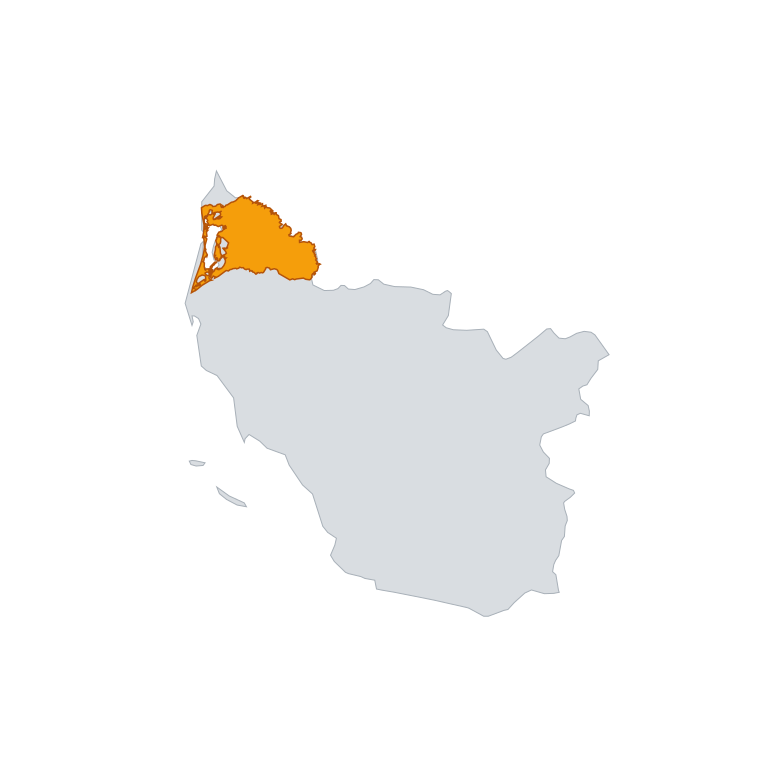 Puerto Lempira, Gracias a Dios, Honduras (highlighted), rotated 238°
{"feature_id": "27666195B20969327250579", "entity_name": "Puerto Lempira", "entity_type": "district", "adm_level": 2, "iso_a3": "HND", "parent_name": "Honduras", "parent_adm1": "Gracias a Dios", "projection": "equal_earth", "projection_center": [-84.066, 15.172], "detail": "fine", "context": "in_parent", "style": "filled", "palette": "amber", "viewbox_px": 768, "rotation_deg": 238, "n_neighbors": 0, "source": "geoboundaries", "source_scale": "gbopen_adm2", "svg_char_len": 8712}
<svg xmlns="http://www.w3.org/2000/svg" viewBox="0 0 768 768"><g transform="rotate(238 384 384)"><path d="M653.5,354.8L631.2,353.0L620.6,356.7L616.0,364.8L612.0,368.4L608.7,367.6L602.0,370.8L591.9,378.0L582.8,380.7L574.7,378.9L572.3,380.7L571.7,383.1L570.5,385.4L567.3,386.6L563.7,386.0L559.6,383.4L557.5,384.5L557.3,389.2L555.1,390.5L550.9,388.3L546.2,390.0L541.0,395.6L533.7,396.8L524.3,393.5L517.0,387.4L511.9,378.4L505.7,376.2L494.9,382.9L490.3,390.7L489.3,395.5L490.4,399.8L488.4,402.7L483.4,404.1L479.5,409.4L476.9,418.6L476.4,425.7L477.9,430.7L475.4,434.4L468.8,436.7L461.0,444.6L452.0,458.1L443.0,467.5L434.2,472.9L429.9,478.8L430.1,485.3L429.6,487.4L427.9,488.1L425.0,489.0L407.9,474.8L403.0,465.0L398.8,466.5L393.3,471.5L385.7,482.6L377.6,497.7L373.6,499.4L353.3,497.2L342.6,498.5L340.4,500.5L339.3,506.1L339.9,513.5L342.8,540.2L344.4,551.2L342.7,554.6L337.3,555.1L330.2,556.7L326.3,561.7L325.3,566.9L324.9,574.2L322.6,581.6L318.2,587.0L313.9,588.9L289.6,590.4L290.1,578.0L283.1,573.0L279.2,562.7L275.8,555.7L276.9,551.5L276.6,546.6L266.8,542.7L257.5,545.7L252.2,543.8L248.3,541.2L255.1,535.0L255.6,531.3L253.4,528.6L251.2,526.8L251.9,519.9L253.3,511.8L257.2,492.7L255.8,489.4L249.7,483.7L241.9,483.1L233.3,484.9L229.1,482.0L225.6,475.4L219.4,472.3L208.5,477.5L197.0,485.4L193.4,488.3L190.5,487.9L189.2,482.0L188.7,475.0L188.0,473.3L181.9,470.8L174.7,469.0L171.1,467.1L167.6,462.4L159.1,456.2L157.2,451.7L145.8,441.3L143.5,436.1L140.9,432.3L135.5,427.5L131.2,428.7L116.7,422.7L114.5,422.2L116.5,417.0L121.2,408.9L131.2,399.9L132.1,392.6L129.6,378.6L127.1,369.6L128.5,365.6L131.8,349.3L134.2,345.5L148.7,337.3L150.1,336.2L161.5,324.7L174.2,311.9L187.4,297.9L202.2,282.1L210.3,273.0L214.1,269.0L222.5,272.2L229.2,264.8L233.0,262.3L242.0,253.4L244.8,251.5L259.8,247.8L267.1,247.9L273.4,256.9L278.4,261.9L287.9,257.6L295.8,256.7L328.6,265.1L341.6,261.4L365.5,260.6L376.3,262.7L391.5,250.8L401.3,248.4L412.7,242.8L411.2,237.2L408.5,234.6L425.9,237.1L451.9,249.1L479.6,246.9L489.6,240.5L496.1,238.6L524.4,251.0L531.9,260.5L537.8,261.4L542.3,259.2L543.5,257.3L537.9,255.2L535.4,252.2L557.8,258.1L599.9,303.0L600.8,306.7L582.8,293.4L573.2,294.4L570.8,296.5L571.3,303.8L572.2,307.2L576.2,307.6L579.3,305.6L586.7,308.0L591.6,312.8L597.6,320.2L601.2,328.3L605.0,328.4L608.8,323.6L616.0,323.0L620.7,328.4L624.0,328.1L619.3,319.7L608.5,311.3L611.1,311.0L635.1,326.0L641.9,344.8L647.6,349.0L653.5,354.8ZM371.1,193.4L357.2,202.5L352.8,202.3L359.2,195.3L369.5,189.3L378.2,186.3L385.3,187.6L371.1,193.4ZM418.6,183.7L412.0,190.5L410.8,187.4L414.0,181.2L418.0,177.6L421.8,178.0L420.9,180.7L418.6,183.7Z" fill="#d9dde1" stroke="#a8b0b8" stroke-width="1"/><path d="M563.1,300.7L563.9,310.2L562.3,312.0L562.6,314.0L561.9,315.8L562.0,316.7L560.6,319.7L559.7,320.1L559.2,322.2L559.5,323.6L558.0,324.8L557.3,326.3L555.5,326.6L554.0,327.7L554.0,328.7L552.8,330.6L550.8,329.9L550.8,331.2L550.0,331.4L549.8,332.1L548.3,332.1L547.7,332.9L545.0,333.6L545.0,334.9L545.5,335.1L545.3,336.3L544.0,337.3L543.7,338.9L542.7,339.8L542.5,340.9L544.3,344.6L545.0,345.0L544.9,346.6L543.0,348.3L541.1,348.2L539.9,352.0L538.0,353.7L536.7,354.0L533.3,353.4L522.2,359.3L521.6,362.2L519.8,363.6L519.5,365.3L516.5,371.8L514.3,373.1L511.8,376.1L511.7,376.8L512.6,379.3L514.8,380.8L515.3,381.9L515.1,382.8L513.6,382.7L513.8,384.0L514.2,384.5L515.8,384.0L515.4,387.2L517.7,390.0L518.8,390.5L519.5,392.2L519.4,393.4L520.3,392.9L521.3,390.5L522.1,390.5L522.4,392.2L525.4,391.8L525.9,393.2L527.1,393.0L528.5,393.7L529.3,393.1L530.0,394.3L531.2,393.8L531.7,394.7L532.6,394.0L534.7,394.0L535.0,394.9L533.7,395.4L534.4,397.1L534.9,396.4L536.1,396.4L536.6,396.7L537.1,398.1L539.7,398.8L540.3,396.9L542.6,396.9L543.5,396.0L544.4,396.2L544.7,395.6L544.4,394.3L547.2,391.4L548.8,387.4L550.7,388.5L549.8,389.9L550.4,391.5L552.2,391.9L553.4,391.0L554.5,393.3L555.9,393.8L556.7,393.4L558.0,391.8L557.3,390.7L557.6,388.8L556.7,385.4L559.7,382.1L560.9,382.3L561.0,384.9L561.8,384.9L563.6,386.8L565.4,387.4L567.5,387.0L569.8,385.1L571.9,385.5L571.6,383.5L570.2,380.6L570.6,379.0L571.7,378.3L573.0,378.8L573.4,382.2L576.3,380.8L576.8,381.5L576.5,383.0L578.0,383.8L579.8,382.6L582.7,383.7L585.0,382.5L586.3,383.3L586.9,382.4L586.1,380.7L587.5,380.5L587.7,378.4L588.3,378.7L588.4,380.2L589.2,379.0L589.8,379.1L589.3,380.9L589.7,381.5L590.2,381.2L590.2,379.4L590.6,379.0L591.1,379.4L591.3,381.1L593.8,380.4L595.5,378.3L597.1,378.0L598.2,378.5L598.3,377.6L596.7,377.0L596.4,376.0L598.7,376.8L599.4,374.6L600.0,375.8L601.3,376.5L601.9,373.9L602.4,373.9L603.0,375.0L603.8,374.1L602.8,372.7L602.9,372.0L604.0,373.3L605.7,372.9L606.0,374.4L606.6,373.9L606.4,371.6L604.9,371.8L604.9,371.3L606.8,370.2L606.9,368.4L607.8,369.3L612.0,367.8L613.2,368.3L613.2,370.1L613.8,370.2L614.0,365.8L615.6,365.5L615.5,363.9L616.0,363.6L616.8,364.4L617.7,363.6L618.3,364.4L618.7,364.2L618.9,359.5L618.0,355.4L618.3,352.7L619.0,350.8L618.9,346.2L619.4,344.7L618.8,343.4L619.2,341.9L620.8,341.8L620.6,341.2L619.1,341.0L619.9,339.8L621.6,340.0L622.4,340.9L623.5,340.4L624.5,337.8L624.0,335.4L625.3,332.8L626.6,332.8L628.5,331.5L628.9,328.6L629.9,327.7L630.2,326.6L630.2,322.6L625.4,320.0L614.1,315.6L608.7,311.9L604.5,307.9L604.2,308.9L604.7,308.8L604.7,309.9L603.7,310.7L604.5,309.8L604.3,309.2L603.5,310.2L603.1,312.2L606.2,313.5L607.2,314.4L607.6,315.7L608.1,314.7L609.4,317.5L609.9,315.2L610.6,316.8L612.5,316.8L610.9,317.5L612.1,318.0L612.6,319.0L614.9,317.4L609.8,314.0L618.7,318.5L619.1,319.4L621.0,320.7L621.0,322.0L620.2,323.2L621.1,324.2L621.9,326.2L623.8,328.0L623.9,329.0L622.2,330.4L621.0,329.2L618.7,329.5L619.3,330.9L618.0,334.1L616.9,335.3L616.8,338.0L616.5,335.8L614.6,335.5L613.8,334.6L613.7,329.4L612.5,331.3L612.6,334.0L611.7,334.9L611.2,332.4L611.9,330.8L613.2,329.8L612.9,328.7L613.6,326.8L614.5,326.6L615.7,327.4L617.8,331.1L618.4,331.2L619.1,330.7L618.4,329.4L619.6,328.7L619.3,326.6L621.0,324.4L619.8,323.2L619.3,319.7L618.9,321.3L616.0,321.2L615.6,320.0L612.1,320.0L612.1,318.8L610.8,320.0L610.0,323.7L608.4,324.4L608.0,325.5L605.4,326.8L604.7,330.5L604.0,331.1L602.8,331.1L602.2,334.0L602.2,331.7L602.6,330.8L601.6,330.0L601.2,330.2L601.3,330.9L600.9,331.1L600.9,331.9L600.6,330.4L600.7,333.1L599.8,332.6L600.2,331.9L599.8,330.7L600.2,330.0L599.4,327.3L600.3,324.4L598.7,321.3L597.9,321.6L597.4,322.6L595.1,323.2L596.8,321.4L596.9,320.0L595.6,319.0L594.7,317.3L591.8,316.6L590.4,315.6L589.5,313.7L587.3,312.3L583.5,308.5L582.6,308.0L582.8,308.9L582.4,309.3L582.0,308.5L582.3,307.8L578.6,307.1L578.3,307.7L578.8,307.6L579.2,308.7L580.4,309.2L578.8,309.2L577.6,308.1L576.2,308.6L575.8,309.7L576.9,310.3L576.4,310.8L577.0,311.0L577.4,312.6L579.2,314.4L581.5,314.6L586.9,317.3L588.0,317.4L588.1,316.8L586.8,315.9L588.6,316.5L590.9,316.3L590.9,316.8L589.2,316.7L589.0,317.5L589.9,318.1L590.0,319.5L591.1,320.8L594.1,322.7L594.3,324.0L593.6,325.0L586.1,327.0L583.5,323.8L582.4,323.4L582.4,322.0L583.1,322.2L582.8,320.6L584.0,320.5L583.9,319.6L585.2,319.2L580.3,319.9L578.4,319.6L578.1,318.0L578.6,314.7L577.2,313.0L576.7,311.4L577.5,314.7L576.8,316.4L575.0,315.9L574.5,316.8L574.3,316.1L575.3,315.2L573.2,315.1L571.3,314.0L569.3,311.0L568.2,307.7L568.3,306.5L569.0,306.2L568.4,304.6L569.5,303.5L569.9,304.5L570.9,304.1L571.1,302.1L569.7,299.5L569.6,297.1L568.6,296.4L568.4,295.0L567.3,294.7L567.6,294.1L567.2,293.6L565.2,293.6L565.2,295.0L566.1,296.4L564.3,297.6L563.5,296.5L563.1,300.7ZM563.5,269.1L563.2,274.8L564.1,281.9L564.0,290.9L563.3,293.0L565.9,291.5L567.2,292.1L568.3,293.3L570.0,298.0L571.7,299.1L572.7,297.4L571.9,296.7L571.5,297.0L571.8,297.6L570.9,297.3L570.3,294.6L569.4,294.1L569.1,293.2L569.5,291.7L570.6,291.1L572.4,290.8L573.0,291.3L572.8,292.9L572.0,294.3L570.4,294.3L570.9,295.2L573.9,295.9L574.4,296.6L576.2,293.3L575.3,293.0L575.8,292.7L578.9,293.8L581.8,295.8L583.7,295.2L583.8,296.3L586.2,298.5L586.8,301.4L586.0,301.3L587.1,302.6L591.4,303.0L592.6,304.3L593.9,304.2L596.5,305.8L600.9,310.6L603.0,310.3L603.9,308.2L601.8,307.9L595.4,304.5L589.9,299.8L582.3,291.4L573.7,280.3L567.2,272.7L566.8,272.6L566.4,273.4L566.5,274.0L565.7,273.5L566.8,272.4L563.5,269.1ZM566.9,274.6L566.8,275.5L567.3,276.4L567.4,277.1L566.6,277.8L566.6,279.9L566.3,280.1L565.7,279.3L565.5,280.4L567.5,281.0L568.0,279.1L570.1,279.0L571.9,280.9L573.2,283.9L572.8,287.5L571.0,289.4L569.6,289.6L568.0,288.7L567.3,287.6L567.0,288.1L566.1,287.6L566.0,286.6L567.9,286.6L567.7,281.3L565.5,280.8L565.2,280.3L565.7,278.7L566.5,279.7L566.0,276.8L567.2,276.9L566.5,275.3L566.9,274.6ZM564.3,274.3L563.9,274.9L563.5,274.1L564.3,274.3ZM575.5,298.9L573.6,297.4L573.1,297.8L573.2,298.7L575.1,301.4L575.1,303.2L575.8,304.7L575.8,306.2L576.2,306.6L577.0,305.2L575.5,298.9ZM574.1,296.7L573.0,295.8L571.8,296.1L573.9,297.5L574.1,296.7Z" fill="#f59e0b" stroke="#b45309" stroke-width="1.5"/></g></svg>